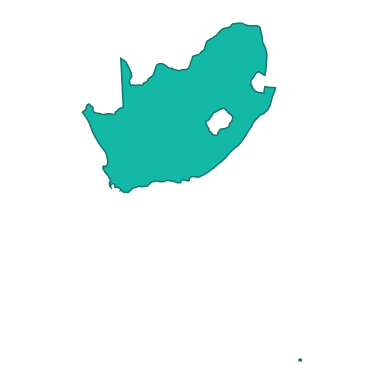 map outline of South Africa (Albers equal-area conic projection)
{"feature_id": "ZAF", "entity_name": "South Africa", "entity_type": "country or territory", "adm_level": 0, "iso_a3": "ZAF", "parent_name": "Africa", "parent_adm1": "", "projection": "albers", "projection_center": [25.295, -34.555], "detail": "fine", "context": "isolated", "style": "filled", "palette": "teal", "viewbox_px": 384, "rotation_deg": 0, "n_neighbors": 0, "source": "natural_earth", "source_scale": "50m", "svg_char_len": 5189}
<svg xmlns="http://www.w3.org/2000/svg" viewBox="0 0 384 384"><path d="M236.2,23.5L236.4,23.5L240.0,23.0L242.9,23.7L246.5,25.2L249.8,25.9L252.9,25.7L255.5,25.7L257.4,26.0L259.0,26.6L260.0,27.4L260.1,28.1L260.1,28.5L260.6,30.3L261.3,33.1L261.8,35.7L262.4,39.2L262.2,41.1L262.4,41.9L263.0,42.9L263.8,44.5L264.1,45.5L264.3,46.2L265.2,47.5L265.8,49.5L266.2,52.1L266.6,53.4L266.8,54.1L266.9,55.2L266.8,57.5L266.6,60.3L266.4,63.3L266.3,65.8L266.1,67.1L265.9,70.7L265.0,72.6L265.0,74.1L265.2,75.0L264.9,75.2L264.3,75.3L261.6,73.6L259.0,71.8L258.6,71.8L258.0,71.9L256.4,73.0L254.9,74.7L254.1,76.2L253.0,77.8L251.1,80.3L250.9,80.8L250.8,82.9L250.8,85.0L251.8,85.4L252.4,87.1L253.7,89.8L256.1,91.6L258.4,92.5L261.6,92.9L264.1,93.0L264.1,91.2L264.5,88.4L265.0,86.5L265.4,86.5L266.0,86.7L266.4,86.9L267.4,86.9L269.2,87.4L270.7,87.5L272.0,87.5L274.2,87.6L275.5,87.7L274.9,90.7L272.8,95.4L272.1,97.6L270.1,105.4L268.0,109.3L266.8,110.8L263.6,113.6L262.7,114.1L262.0,114.4L260.6,114.7L255.1,120.3L253.1,123.0L251.1,127.1L249.4,129.3L246.6,134.0L244.3,137.7L242.0,141.0L238.2,145.5L236.5,146.8L235.4,147.4L232.5,150.0L228.3,154.3L225.1,158.1L220.5,162.4L217.8,164.3L213.8,168.0L212.7,168.6L208.2,172.0L205.0,174.1L199.9,176.6L197.8,177.2L193.0,176.5L191.0,176.9L189.3,178.4L189.1,180.6L188.4,180.9L187.4,180.8L184.0,179.9L182.2,180.1L181.1,181.2L180.3,182.7L177.7,182.8L173.2,181.3L167.9,180.4L166.6,180.4L164.1,181.5L163.2,181.7L159.4,181.6L157.4,180.9L155.4,180.9L153.9,181.6L152.0,181.8L147.2,186.1L144.6,186.2L142.4,186.7L141.3,186.8L139.2,186.3L138.5,186.4L137.3,186.7L136.2,187.4L133.5,187.9L132.5,188.5L128.2,192.5L127.2,192.4L126.3,192.2L124.0,192.3L121.2,190.4L120.2,190.6L120.5,190.0L120.5,188.9L119.9,188.2L119.5,187.9L118.5,188.0L117.9,187.2L116.3,187.2L115.7,187.5L115.0,187.5L114.8,186.6L114.9,186.1L114.8,185.2L114.5,184.1L113.9,183.8L113.4,183.7L112.2,183.9L111.5,184.0L111.1,184.4L110.8,185.2L110.9,187.6L110.3,186.9L109.6,185.5L109.3,184.0L109.4,182.2L110.5,181.4L110.4,180.2L110.0,179.1L108.5,176.5L107.9,175.3L106.7,174.5L105.6,172.5L104.7,171.9L104.2,170.5L103.2,169.4L102.8,167.6L103.2,166.5L103.9,165.9L104.8,166.8L105.7,166.3L107.1,164.9L107.7,162.9L107.6,159.7L107.2,157.8L105.8,152.8L105.1,151.6L102.4,148.1L99.0,143.5L94.7,136.1L92.5,131.6L89.1,122.5L86.2,117.4L82.8,112.8L82.4,112.5L82.8,111.8L84.3,110.6L85.0,110.2L85.4,110.3L85.7,110.0L86.1,109.2L86.1,108.4L86.2,107.4L86.5,106.8L86.8,105.5L87.4,104.7L88.8,104.0L89.9,104.6L90.4,105.3L90.7,106.1L91.2,106.5L92.0,106.4L92.6,106.9L93.0,108.0L93.0,108.9L92.6,109.4L92.7,110.0L93.3,110.8L93.6,111.6L94.1,112.6L96.1,113.0L97.0,113.3L98.7,113.3L100.3,113.6L101.8,114.4L104.3,114.4L107.6,113.7L110.4,113.7L112.6,114.4L114.2,114.4L115.1,113.9L115.5,113.1L115.3,112.2L115.8,111.6L116.8,111.3L117.7,110.5L118.3,109.3L119.8,108.3L122.1,107.4L123.3,107.4L123.2,105.5L122.9,99.6L122.6,93.6L122.3,87.7L122.0,81.7L121.7,75.8L121.4,69.9L121.1,64.0L120.8,58.4L121.4,58.8L125.4,61.5L126.5,63.0L127.0,64.0L128.8,67.5L130.2,70.7L131.3,73.1L131.4,74.2L131.6,75.3L131.8,75.8L131.7,76.4L131.1,77.7L130.4,78.8L129.6,80.2L129.6,82.0L130.0,84.2L130.6,85.2L131.2,85.5L132.8,84.9L133.8,85.1L135.2,85.4L139.7,85.0L140.3,85.1L142.0,85.2L142.6,85.0L143.1,84.5L143.6,83.2L144.1,82.7L145.1,82.5L146.2,82.1L147.2,81.3L148.6,78.7L151.6,76.4L152.5,75.8L153.0,75.2L153.5,74.4L154.5,71.5L155.3,69.1L155.5,68.0L156.2,66.1L157.1,64.9L157.9,64.3L158.3,64.1L159.4,63.8L160.8,63.5L162.3,63.8L163.9,64.4L165.8,65.6L167.6,67.1L168.5,67.8L169.4,68.1L171.0,68.2L172.1,68.2L173.8,69.6L174.6,69.7L176.5,70.1L178.8,70.6L180.2,70.5L181.8,69.7L182.9,69.7L184.4,69.7L186.0,69.5L187.2,69.2L188.1,68.5L188.8,67.8L189.8,65.5L190.3,63.7L191.1,61.6L192.1,58.8L192.5,56.9L192.9,56.3L194.3,55.8L195.5,55.4L198.8,54.6L199.5,54.2L200.1,53.3L201.5,51.7L203.3,50.5L204.2,49.7L206.0,43.4L206.2,42.7L207.4,41.0L208.2,40.3L208.7,40.3L209.4,39.9L210.3,39.0L211.3,38.5L212.6,38.3L213.4,37.8L213.8,36.8L214.4,36.4L215.3,36.4L215.8,36.1L216.0,35.5L216.5,35.0L217.5,34.5L218.0,34.0L218.1,33.4L219.3,31.9L221.6,29.6L223.8,28.4L225.8,28.1L227.7,27.7L229.5,27.1L230.9,26.0L231.8,24.5L233.3,23.7L236.2,23.5ZM224.8,128.6L226.7,127.8L227.6,127.3L228.2,126.9L229.0,126.3L229.4,124.7L229.7,123.4L230.3,122.7L230.9,122.3L231.5,121.6L232.2,120.0L232.7,118.4L232.8,117.7L232.6,117.0L232.2,116.3L231.8,115.2L231.3,115.1L230.4,114.5L229.1,113.3L227.9,112.3L226.8,110.8L226.3,110.6L225.3,109.6L224.8,109.0L224.5,108.4L224.2,108.2L223.7,108.3L222.4,108.6L219.6,109.6L217.8,110.6L216.3,111.8L214.8,112.3L213.7,112.7L212.8,114.1L212.0,115.4L211.2,116.6L210.8,117.1L210.4,117.5L210.0,118.2L209.2,119.5L208.4,120.3L207.4,120.8L206.1,121.4L205.7,121.7L205.6,122.2L206.0,123.4L206.5,124.6L207.2,126.0L207.7,127.0L208.5,128.2L209.0,128.9L208.9,130.1L209.0,130.5L209.3,131.0L209.5,131.2L209.8,131.4L210.5,131.7L210.6,131.9L211.1,132.4L211.6,133.1L212.4,134.2L213.4,135.0L215.1,135.3L216.4,135.6L216.8,135.5L217.3,134.9L217.7,134.1L217.8,133.1L218.3,132.5L219.9,130.0L220.8,129.1L221.4,129.0L222.1,128.9L223.0,128.8L223.6,128.9L223.8,128.9L224.8,128.6ZM301.3,360.8L300.9,361.0L299.0,360.5L298.9,360.0L299.5,359.3L299.9,359.0L300.8,359.3L301.5,360.0L301.3,360.8Z" fill="#14b8a6" stroke="#0f766e" stroke-width="1.5"/></svg>